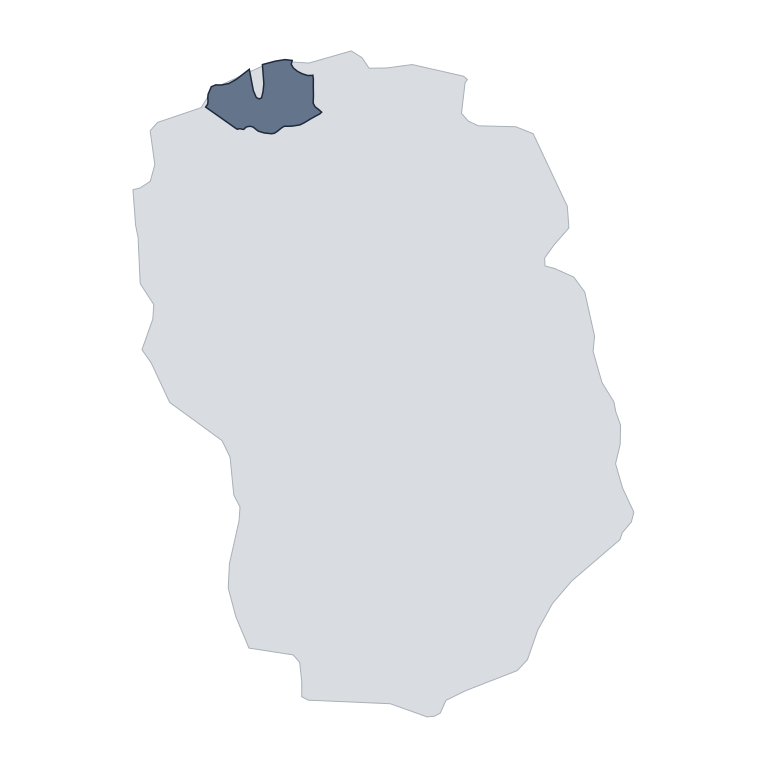 Struga on a map of North Macedonia (Natural Earth projection), rotated 89°
{"feature_id": "MKD-4845", "entity_name": "Struga", "entity_type": "Statistical Region", "adm_level": 1, "iso_a3": "MKD", "parent_name": "North Macedonia", "parent_adm1": "", "projection": "natural_earth1", "projection_center": [20.642, 41.252], "detail": "fine", "context": "in_parent", "style": "filled", "palette": "slate", "viewbox_px": 768, "rotation_deg": 89, "n_neighbors": 0, "source": "natural_earth", "source_scale": "10m", "svg_char_len": 1986}
<svg xmlns="http://www.w3.org/2000/svg" viewBox="0 0 768 768"><g transform="rotate(89 384 384)"><path d="M340.5,172.7L355.0,174.4L386.4,166.0L406.0,154.4L416.0,152.7L429.3,148.2L448.4,148.9L467.8,153.9L492.4,147.2L516.5,136.4L526.3,139.1L536.8,148.3L543.8,150.9L584.2,199.7L606.4,219.4L632.4,234.4L662.2,245.4L672.9,255.9L692.1,307.9L701.4,327.6L714.0,333.5L717.0,339.2L717.6,346.7L703.8,383.3L698.8,465.2L695.3,471.7L680.5,471.4L660.8,473.2L653.3,479.5L645.7,523.6L614.1,536.2L585.3,543.3L561.1,541.7L518.3,531.3L504.4,530.1L492.5,536.1L454.4,539.2L437.8,546.9L398.7,598.6L359.0,616.3L345.5,625.4L315.0,614.0L300.5,612.8L279.4,626.0L233.3,627.3L220.8,629.6L185.3,631.6L183.8,624.5L177.2,614.1L160.6,609.3L126.7,613.4L118.5,605.8L104.5,562.0L93.6,555.0L81.5,540.2L60.8,492.7L60.3,471.8L61.8,453.6L50.4,411.0L57.4,400.2L68.0,393.4L68.1,376.2L65.1,350.2L77.7,299.0L81.1,295.3L84.3,297.7L114.7,301.8L122.5,295.3L127.5,285.2L129.1,247.8L136.3,230.5L209.6,197.6L231.2,196.4L247.8,211.5L260.9,221.2L268.8,220.9L271.6,211.2L280.4,192.4L295.5,181.7L340.0,172.6L340.5,172.7Z" fill="#d9dde1" stroke="#a8b0b8" stroke-width="1"/><path d="M62.7,471.2L66.5,469.1L69.9,465.0L72.3,460.5L74.2,455.0L74.2,450.6L74.0,449.8L77.7,449.3L85.8,449.5L94.5,449.5L102.1,449.9L105.7,448.0L108.7,444.2L110.4,442.4L111.1,441.6L112.0,442.6L112.7,443.4L112.9,443.6L115.2,448.2L117.9,453.2L120.9,458.3L123.5,463.6L124.6,471.7L124.6,476.1L124.6,479.4L126.2,482.0L127.9,484.2L129.5,486.2L131.4,489.3L131.8,492.1L130.9,499.4L129.0,505.3L126.5,508.4L125.0,510.1L124.1,512.5L124.1,514.7L124.6,517.2L125.5,518.3L126.9,519.6L126.9,520.9L126.4,522.7L126.2,524.6L126.8,526.1L125.9,527.6L104.0,557.5L101.1,555.4L98.8,555.1L98.1,555.0L94.8,555.2L91.2,554.8L89.2,553.9L83.8,551.5L82.0,547.1L82.2,541.2L80.8,533.8L76.7,526.2L67.0,513.2L88.5,509.5L95.3,506.7L96.8,503.8L95.7,501.4L89.4,499.8L81.5,498.9L62.5,500.0L59.3,487.1L57.9,477.2L58.0,476.6L58.9,470.1L62.7,471.2Z" fill="#64748b" stroke="#1e293b" stroke-width="1.5"/></g></svg>